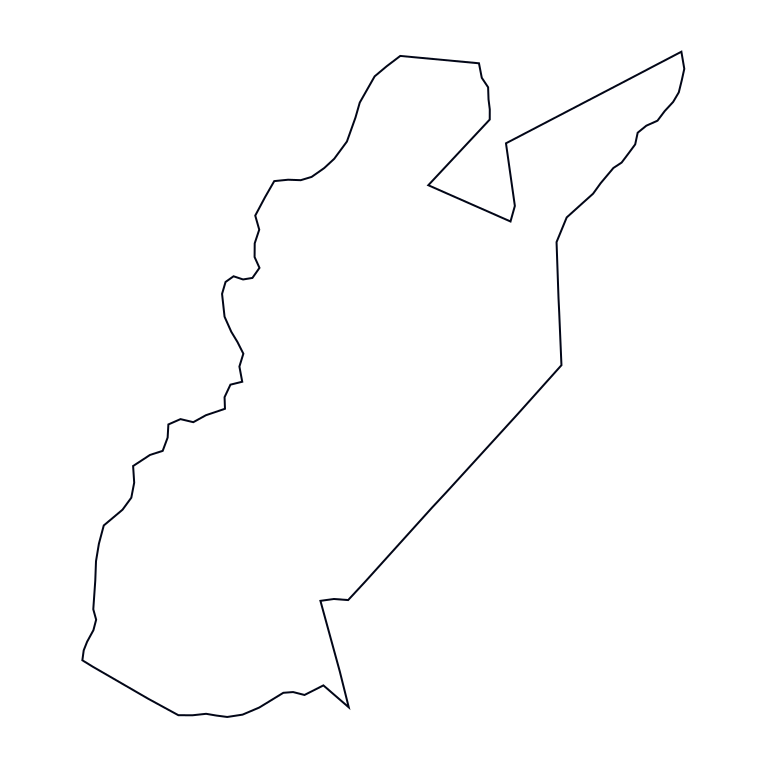 Lago dos Rodrigues, Maranhão, Brazil, rotated 178°
{"feature_id": "56859067B92242830250607", "entity_name": "Lago dos Rodrigues", "entity_type": "district", "adm_level": 2, "iso_a3": "BRA", "parent_name": "Brazil", "parent_adm1": "Maranhão", "projection": "albers", "projection_center": [-44.931, -4.589], "detail": "fine", "context": "isolated", "style": "outline", "palette": "ink", "viewbox_px": 768, "rotation_deg": 178, "n_neighbors": 0, "source": "geoboundaries", "source_scale": "gbopen_adm2", "svg_char_len": 1489}
<svg xmlns="http://www.w3.org/2000/svg" viewBox="0 0 768 768"><g transform="rotate(178 384 384)"><path d="M695.1,118.4L684.7,111.5L630.2,77.4L601.1,60.2L587.1,59.6L573.3,60.6L563.1,58.5L552.3,56.7L536.9,58.5L520.0,65.0L495.4,78.9L485.6,79.3L474.3,76.0L455.1,84.9L430.5,62.1L438.2,98.2L451.6,154.7L455.1,169.5L441.6,170.9L427.4,169.3L409.5,187.3L340.1,259.0L325.3,273.8L251.7,349.0L206.0,396.6L206.4,449.1L206.6,463.9L206.6,519.8L195.6,544.1L179.3,557.8L168.4,566.9L160.5,577.1L153.2,585.2L147.2,591.9L138.8,597.0L132.4,604.9L124.6,614.7L121.7,626.3L112.8,633.0L101.5,637.6L94.0,646.9L85.2,655.8L79.2,665.2L75.8,677.2L72.9,688.5L75.2,705.7L89.6,698.8L105.9,691.0L124.6,682.0L253.7,620.3L247.0,557.4L251.9,542.0L332.8,581.1L269.1,644.6L268.7,654.8L269.6,664.8L269.6,676.9L275.6,686.6L277.9,701.2L356.3,711.3L370.3,701.4L382.6,691.8L398.4,666.1L403.2,651.3L412.6,627.6L425.9,610.8L436.2,601.9L449.1,593.5L460.1,590.6L472.7,591.5L486.6,590.6L496.4,574.8L506.8,556.8L503.3,542.6L508.3,529.1L508.9,515.4L504.4,504.4L511.8,494.6L521.2,493.4L530.6,496.9L538.8,491.5L542.7,479.7L541.0,456.8L534.8,441.5L529.0,431.1L523.5,419.2L527.9,406.5L525.6,391.2L537.5,388.7L543.8,376.4L543.8,364.8L563.1,359.0L575.9,352.5L588.6,356.0L600.9,351.1L602.1,338.0L607.5,324.9L620.3,321.3L637.6,310.8L637.1,294.1L640.5,279.2L649.7,267.5L669.0,252.4L674.5,234.3L678.0,217.0L679.4,197.7L682.4,169.0L679.9,158.5L683.0,148.1L689.7,136.8L693.4,128.3L695.1,118.4Z" fill="none" stroke="#020617" stroke-width="2"/></g></svg>